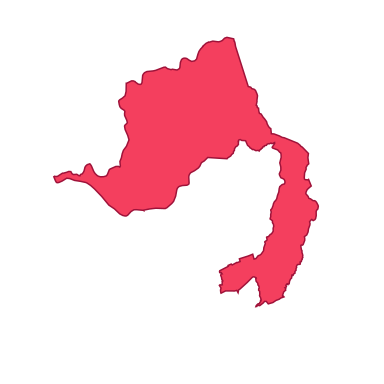 Barranco De Loba, Bolívar, Colombia (Natural Earth projection), rotated 338°
{"feature_id": "7082276B19488322706290", "entity_name": "Barranco De Loba", "entity_type": "district", "adm_level": 2, "iso_a3": "COL", "parent_name": "Colombia", "parent_adm1": "Bolívar", "projection": "natural_earth1", "projection_center": [-74.141, 8.804], "detail": "fine", "context": "isolated", "style": "filled", "palette": "rose", "viewbox_px": 384, "rotation_deg": 338, "n_neighbors": 0, "source": "geoboundaries", "source_scale": "gbopen_adm2", "svg_char_len": 6076}
<svg xmlns="http://www.w3.org/2000/svg" viewBox="0 0 384 384"><g transform="rotate(338 192 192)"><path d="M208.3,322.2L209.3,322.4L210.4,321.1L210.7,321.7L211.8,322.6L212.5,322.7L216.7,321.5L218.3,320.6L219.9,321.3L220.8,324.3L225.6,324.8L229.3,324.0L232.7,324.1L234.5,323.6L238.0,323.7L237.7,322.8L236.8,322.9L237.3,321.7L239.6,319.0L242.1,318.1L242.1,317.5L242.7,316.7L242.4,315.7L243.2,315.9L243.6,315.3L244.0,315.1L244.2,314.9L244.0,313.9L244.9,313.1L245.9,312.7L246.2,312.9L246.0,313.6L246.2,313.8L246.5,313.4L247.7,313.5L249.0,311.3L250.6,309.7L252.1,309.1L253.5,306.4L253.8,306.4L254.0,307.2L254.4,307.2L255.9,305.9L257.1,305.8L257.7,304.2L259.1,303.6L259.8,301.9L260.8,301.1L260.9,300.2L261.4,299.6L262.6,298.8L265.1,299.5L265.7,298.7L265.9,297.5L267.3,297.5L267.9,296.4L269.0,295.7L269.3,294.8L270.2,294.3L270.3,293.4L270.9,292.5L271.2,291.1L271.3,289.3L272.0,287.6L271.8,286.7L272.3,284.2L272.9,282.3L273.4,282.1L274.4,282.6L275.3,282.4L278.4,279.1L279.1,277.4L279.5,275.5L282.3,274.8L284.6,272.6L286.3,269.7L288.9,266.8L289.6,265.5L289.9,263.6L292.5,262.3L292.8,262.3L293.6,263.9L295.5,263.7L296.6,263.0L298.3,260.5L299.8,256.6L300.7,255.6L302.3,254.9L303.8,252.5L303.9,251.5L303.6,248.3L303.2,247.0L302.5,246.0L301.0,245.4L299.3,242.7L298.0,241.7L298.0,239.5L296.9,236.2L297.5,235.1L299.2,233.3L300.9,232.4L304.8,231.1L304.8,224.0L304.0,224.2L301.5,222.9L301.1,222.2L301.4,220.9L303.6,216.4L306.4,213.6L306.9,211.9L308.1,211.1L308.7,210.4L310.8,209.6L312.3,203.6L314.4,199.9L311.4,192.5L310.7,191.1L310.0,190.4L309.8,189.3L308.2,186.3L297.9,176.3L296.0,175.1L294.1,172.8L289.8,168.9L287.4,167.7L288.8,162.7L288.0,161.6L287.5,159.9L287.2,157.1L287.5,154.7L286.6,151.0L286.0,149.5L285.3,145.6L284.0,144.4L284.2,142.1L285.1,139.2L284.2,138.1L284.6,136.6L284.0,135.7L286.2,132.4L286.5,131.4L288.8,127.3L289.0,125.3L288.9,121.5L288.1,120.0L286.2,118.6L285.7,116.8L283.7,115.3L283.7,114.7L286.9,73.3L287.7,69.8L287.8,68.3L287.6,68.2L288.0,65.6L282.3,61.7L279.8,61.6L276.8,62.9L274.7,63.0L272.8,62.7L267.8,59.9L263.7,59.5L263.6,59.2L260.8,59.4L256.6,60.9L256.7,61.2L253.6,62.6L251.2,64.2L249.1,66.5L246.0,70.5L243.6,71.4L240.6,70.8L238.8,68.8L237.1,66.2L235.6,65.2L234.1,64.8L232.9,64.9L231.8,65.4L229.8,67.5L227.4,72.0L226.6,72.8L224.3,73.3L223.3,73.0L219.8,70.8L218.4,70.7L215.4,68.4L214.2,66.3L212.7,65.8L203.9,65.6L201.4,65.2L195.3,63.4L192.7,63.6L191.3,64.3L190.0,65.3L186.6,71.9L185.1,73.0L184.3,72.9L182.6,71.9L180.5,68.6L180.6,68.3L179.2,67.0L177.5,66.3L172.3,66.7L171.8,66.5L168.6,74.0L166.0,77.7L162.6,78.9L159.6,79.4L158.5,79.9L158.0,80.5L157.3,83.7L157.1,86.0L157.7,88.0L159.6,90.6L160.0,92.0L158.8,94.1L158.2,95.9L158.4,101.1L158.0,103.5L157.0,104.1L154.9,104.9L154.3,105.4L154.0,106.1L153.4,109.1L153.6,115.6L153.1,120.1L148.4,125.0L144.0,127.7L141.7,130.3L139.3,133.9L136.6,136.7L135.3,141.1L134.4,141.8L133.5,140.8L131.0,139.8L124.8,140.0L123.7,140.3L120.0,144.2L118.3,145.0L115.9,144.7L113.0,143.7L111.2,142.4L110.3,141.3L109.1,138.7L108.6,136.3L108.5,130.2L108.1,128.2L107.8,127.6L105.1,127.4L103.2,128.1L102.0,129.0L100.0,131.8L98.5,133.2L96.8,134.1L95.2,134.0L94.2,135.0L93.2,134.4L91.8,132.4L88.6,131.4L87.6,130.1L87.3,127.7L85.5,126.8L83.5,126.8L79.9,126.4L78.9,126.0L73.3,127.1L71.6,126.7L70.5,125.9L69.6,126.1L69.6,130.6L69.9,132.4L70.8,133.0L72.1,133.3L75.6,133.2L81.0,132.3L83.6,133.7L87.5,137.3L92.4,140.2L97.1,143.4L98.2,144.6L100.5,148.0L102.8,152.7L106.6,162.2L110.0,173.0L113.8,178.6L116.8,185.2L119.0,187.8L121.0,189.2L122.2,189.6L123.7,189.4L128.1,187.3L131.4,186.7L133.9,187.6L139.7,190.6L140.2,191.1L140.2,190.7L146.2,191.8L152.4,193.5L160.9,197.3L162.8,197.2L168.9,195.1L171.4,193.8L175.3,189.7L178.7,184.3L179.6,183.3L180.6,182.6L181.9,182.1L183.0,182.1L185.5,182.4L189.5,183.7L190.6,183.8L192.1,183.4L192.7,182.5L194.6,176.9L195.4,175.5L197.0,174.1L198.1,173.6L202.3,173.2L206.9,172.1L208.9,171.0L211.4,168.6L212.3,168.2L215.0,167.8L219.5,165.9L237.0,174.3L237.7,173.8L241.4,173.1L242.8,172.1L244.8,171.5L245.8,169.8L246.8,169.5L247.8,167.5L248.7,167.2L249.4,166.5L251.4,166.2L253.0,165.1L253.3,163.8L253.8,163.2L253.8,162.4L254.4,162.2L254.5,161.5L255.1,161.3L256.3,161.4L257.4,162.8L260.9,164.5L261.0,169.5L262.2,171.7L262.3,172.7L263.2,173.8L263.9,175.3L265.0,175.6L266.7,177.6L269.0,178.2L269.6,179.2L270.7,178.4L271.9,178.3L272.5,177.7L273.7,177.6L274.5,176.8L275.9,176.9L276.1,176.4L276.6,176.2L278.5,176.6L279.5,175.8L281.2,175.9L281.7,176.3L283.6,176.2L284.2,177.1L284.7,177.2L287.1,177.1L286.8,178.0L283.1,180.5L283.2,181.4L287.2,185.1L288.3,188.2L288.9,188.8L288.7,190.3L287.7,193.2L284.3,197.9L283.7,202.1L282.6,205.0L279.8,207.8L279.5,208.9L279.7,212.0L281.7,214.1L282.2,215.1L282.2,216.6L281.9,217.8L280.8,219.1L278.3,218.9L275.4,219.9L274.0,221.7L272.5,224.5L270.0,227.2L268.0,230.0L266.0,231.5L265.1,231.6L263.1,233.4L262.2,234.8L259.8,237.4L258.5,237.9L258.1,238.7L258.0,240.2L256.4,242.6L255.9,244.1L254.3,246.2L255.8,248.8L255.1,250.6L255.4,252.3L255.0,254.3L253.6,256.1L252.6,258.8L250.0,260.6L248.8,260.6L246.1,262.0L244.7,261.7L244.2,261.9L243.8,264.2L243.1,264.9L241.0,265.3L240.7,265.8L240.8,266.9L240.5,267.4L237.8,270.5L236.3,273.3L232.7,275.6L231.5,275.9L229.4,275.9L226.3,277.7L224.4,277.4L225.0,272.4L220.1,272.4L211.2,271.7L210.9,271.7L210.6,274.5L207.3,274.4L207.1,274.1L201.9,274.7L201.4,273.5L197.9,273.6L197.8,274.5L188.2,275.4L187.7,276.1L187.5,277.1L188.9,277.6L189.2,279.1L188.4,278.8L187.4,280.0L187.4,282.1L186.9,284.2L187.3,285.5L187.2,286.0L186.6,285.9L186.3,286.4L186.3,287.0L185.3,288.8L185.3,289.3L183.9,289.1L183.3,288.5L182.4,288.8L182.9,291.9L181.7,293.6L181.0,296.0L181.0,296.7L186.1,296.3L194.4,299.7L196.7,300.0L197.0,302.6L198.6,300.2L200.0,300.0L209.2,296.6L215.9,293.7L216.7,293.6L217.7,293.8L219.3,295.5L219.3,296.0L218.7,296.1L218.0,298.7L218.8,301.2L218.3,302.9L218.7,303.9L218.6,305.2L218.3,306.2L217.6,306.7L217.0,308.0L217.5,309.4L216.6,312.1L215.9,313.2L215.8,314.6L216.0,315.1L215.8,317.6L215.1,318.0L215.3,318.7L214.7,318.8L214.4,319.5L213.5,319.8L212.8,320.8L211.6,320.4L210.5,320.7L209.0,321.4L208.3,322.2Z" fill="#f43f5e" stroke="#9f1239" stroke-width="1.5"/></g></svg>